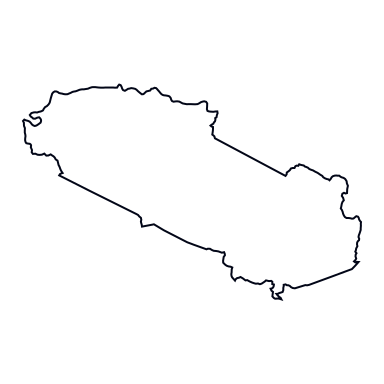 Manoel Vitorino, Bahia, Brazil
{"feature_id": "56859067B7566459319079", "entity_name": "Manoel Vitorino", "entity_type": "district", "adm_level": 2, "iso_a3": "BRA", "parent_name": "Brazil", "parent_adm1": "Bahia", "projection": "orthographic", "projection_center": [-40.553, -14.068], "detail": "fine", "context": "isolated", "style": "outline", "palette": "ink", "viewbox_px": 384, "rotation_deg": 0, "n_neighbors": 0, "source": "geoboundaries", "source_scale": "gbopen_adm2", "svg_char_len": 4971}
<svg xmlns="http://www.w3.org/2000/svg" viewBox="0 0 384 384"><path d="M33.8,112.4L31.4,113.1L29.8,115.0L30.7,116.5L32.0,117.4L33.3,118.6L35.1,118.7L37.2,117.7L39.1,117.3L40.2,118.4L40.9,119.5L41.1,120.9L40.6,122.6L38.5,124.2L36.5,125.5L34.8,126.0L33.4,125.5L32.0,124.5L30.8,122.9L29.6,121.6L27.8,120.8L25.8,120.3L24.3,119.6L23.0,121.0L23.9,122.7L23.9,124.3L24.0,125.9L24.9,128.1L24.8,130.5L24.8,132.6L25.3,134.5L25.5,136.1L25.2,138.3L25.1,140.1L25.5,141.9L26.3,143.2L28.1,143.6L29.8,143.8L30.8,144.6L31.1,145.8L30.8,147.2L31.5,148.9L32.0,150.1L31.7,152.3L32.9,153.9L35.4,153.7L37.5,154.7L39.4,154.9L41.9,154.7L44.3,153.6L46.3,155.6L48.3,155.5L50.7,154.4L52.2,155.5L53.5,156.3L54.7,157.5L55.7,159.4L57.5,160.6L58.0,162.6L58.6,165.1L59.4,166.5L59.9,167.8L60.4,169.2L61.0,170.5L61.7,171.7L62.6,173.0L61.2,173.5L60.0,174.1L59.2,175.4L89.2,190.6L136.5,214.1L138.1,215.0L139.2,216.4L140.9,217.8L141.3,219.8L140.9,221.6L141.2,223.0L141.7,224.6L142.0,226.6L152.6,224.6L153.9,224.3L163.9,230.3L187.3,242.3L191.6,243.9L193.4,244.6L206.5,249.3L207.9,248.7L210.0,248.8L212.1,250.1L213.8,250.8L216.1,251.0L218.4,251.4L220.0,252.0L221.9,252.7L224.1,252.2L224.8,254.0L224.9,255.3L223.7,256.9L223.4,258.8L223.1,260.7L223.2,262.7L224.1,263.6L225.1,264.6L226.6,265.7L228.5,266.4L230.6,266.7L232.3,267.5L231.7,269.5L231.6,272.4L231.3,274.1L231.5,275.9L232.1,277.3L233.5,278.9L235.0,280.6L235.6,279.3L237.1,278.1L239.0,277.7L240.5,277.0L242.9,278.4L244.3,279.5L245.5,280.4L247.2,280.1L249.7,281.5L252.2,282.6L254.3,283.3L255.8,283.7L258.0,283.5L259.9,284.2L261.7,283.6L263.5,282.4L264.8,281.5L266.0,280.4L269.0,281.1L271.2,280.9L272.3,281.7L272.3,284.1L273.9,284.5L273.7,286.1L273.1,287.5L271.8,288.5L270.6,288.7L271.5,290.7L273.0,291.9L272.7,293.8L272.4,296.4L273.9,298.0L275.1,298.7L276.8,298.6L278.1,298.5L279.6,298.8L281.4,299.4L280.6,297.8L279.2,296.9L277.5,295.2L276.5,293.9L277.9,293.8L279.3,293.0L280.5,292.7L282.6,292.0L283.3,290.1L283.3,287.8L283.7,286.2L283.7,284.8L285.6,284.4L286.8,285.2L288.5,285.3L289.9,286.0L291.0,287.1L292.7,288.0L294.9,288.3L305.3,285.1L307.1,285.3L309.0,284.9L331.1,276.8L345.9,271.3L351.9,269.1L355.4,265.5L358.5,262.0L356.8,261.9L355.3,262.4L354.0,261.4L355.5,259.9L356.2,258.6L355.5,256.4L355.7,254.5L356.5,253.2L355.3,251.7L355.9,250.2L356.2,248.4L357.4,246.2L357.0,244.2L357.2,242.4L357.9,241.2L359.0,240.2L359.2,238.8L358.5,237.0L358.9,235.1L359.5,233.6L360.1,231.8L360.7,229.9L360.7,228.3L360.9,225.7L360.8,223.7L361.0,222.0L359.9,220.8L359.1,219.4L358.7,217.8L358.0,216.7L356.3,216.2L354.9,217.3L353.5,218.5L352.0,218.7L350.2,218.2L348.5,218.0L346.5,218.0L344.9,217.0L343.9,215.5L343.1,213.7L342.6,211.7L341.8,209.8L340.8,208.5L341.2,207.0L341.5,205.3L341.8,203.7L342.5,201.9L343.8,200.3L343.1,197.8L341.8,195.9L342.4,193.7L344.0,192.8L345.5,193.5L347.0,193.1L347.1,191.4L347.2,189.1L347.9,185.8L346.9,183.4L346.6,181.2L345.2,179.0L343.6,177.9L341.9,177.4L340.6,176.8L339.3,175.7L337.7,175.7L336.4,175.5L334.8,175.6L332.9,176.2L331.6,177.3L330.8,178.8L329.5,180.3L328.5,179.4L326.7,179.0L324.9,178.3L323.2,177.2L322.3,175.9L321.1,175.2L319.8,174.4L318.3,173.3L317.1,172.6L315.2,171.7L313.0,170.4L311.2,169.8L309.3,169.0L307.9,167.7L306.3,167.0L304.8,166.5L303.8,165.5L302.3,165.2L300.9,164.9L299.2,164.3L298.3,165.8L296.7,165.6L295.4,166.2L294.5,168.0L292.6,168.0L290.9,168.5L289.9,170.1L288.5,171.3L286.8,172.5L286.6,174.4L285.5,175.9L214.9,138.3L214.4,136.4L213.4,135.4L212.3,134.6L212.6,132.8L212.9,130.5L213.0,128.7L213.0,127.0L211.5,126.5L210.5,125.6L211.6,124.7L213.4,123.7L213.9,122.4L214.9,121.5L215.4,119.8L215.2,118.1L216.5,117.3L216.9,115.0L217.6,113.2L217.3,111.4L215.4,111.5L213.3,111.8L210.3,111.6L208.9,111.4L207.5,110.9L206.9,109.2L207.1,106.6L207.2,103.4L206.1,101.8L204.1,101.3L202.3,101.7L200.7,102.3L199.4,103.2L197.6,104.1L195.0,104.3L192.7,104.2L189.4,104.1L186.8,104.2L184.6,103.8L182.6,103.4L180.6,102.3L179.3,101.6L177.3,101.3L175.5,101.4L173.6,101.7L172.1,101.1L171.3,99.9L170.6,97.8L169.4,96.4L168.1,95.9L165.9,95.5L163.9,95.3L162.6,94.9L161.4,94.1L160.3,92.9L159.1,91.4L158.0,90.2L157.1,89.1L156.1,88.1L154.5,87.8L153.0,88.6L151.3,88.8L150.2,90.5L148.2,91.0L146.4,91.4L145.0,92.7L143.5,94.1L141.9,94.3L140.8,93.5L139.3,92.3L137.9,91.1L136.6,89.8L135.3,88.9L133.3,88.4L131.2,88.1L129.5,88.6L128.1,88.8L126.4,89.9L124.9,90.8L123.1,90.1L122.2,88.7L121.5,86.6L120.6,85.1L119.2,84.6L118.0,86.0L117.1,87.6L115.0,87.7L112.8,87.5L111.3,87.5L109.8,87.5L107.7,87.5L105.8,87.5L104.4,87.6L102.7,87.7L101.4,87.7L99.8,87.6L98.4,87.5L96.6,87.3L95.0,87.1L93.3,87.1L92.0,87.2L90.0,87.8L87.9,88.7L85.9,89.0L84.1,89.3L82.4,89.3L80.9,89.5L79.5,89.8L77.3,90.7L75.6,91.3L74.2,91.5L72.5,91.9L70.6,92.9L69.1,93.5L67.5,94.2L65.3,94.3L63.4,94.0L62.1,93.6L60.7,93.4L59.0,93.0L57.9,92.1L56.5,91.5L54.8,91.4L53.4,92.2L52.2,93.6L51.4,96.2L50.7,98.6L50.1,101.0L49.7,102.6L48.6,104.4L46.9,106.1L45.1,107.1L43.8,108.8L43.0,110.4L41.5,111.2L40.2,111.6L38.7,111.9L37.1,112.5L35.4,112.3L33.8,112.4Z" fill="none" stroke="#020617" stroke-width="2"/></svg>